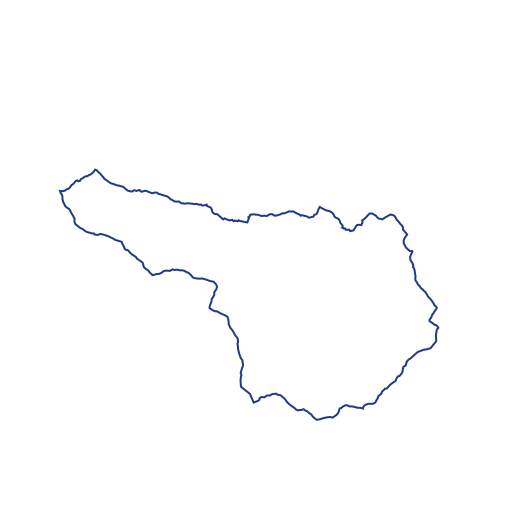 Poiana Teiului, Neamt, Romania (Robinson projection), rotated 38°
{"feature_id": "2599482B87043149712701", "entity_name": "Poiana Teiului", "entity_type": "district", "adm_level": 2, "iso_a3": "ROU", "parent_name": "Romania", "parent_adm1": "Neamt", "projection": "robinson", "projection_center": [25.888, 47.126], "detail": "fine", "context": "isolated", "style": "outline", "palette": "blue", "viewbox_px": 512, "rotation_deg": 38, "n_neighbors": 0, "source": "geoboundaries", "source_scale": "gbopen_adm2", "svg_char_len": 6102}
<svg xmlns="http://www.w3.org/2000/svg" viewBox="0 0 512 512"><g transform="rotate(38 256 256)"><path d="M344.4,372.9L346.7,369.0L347.0,368.1L347.2,367.2L346.5,366.0L346.8,364.2L347.0,363.9L349.6,362.1L350.3,359.8L350.7,359.0L352.7,357.5L353.8,354.9L356.6,352.1L358.3,352.1L360.2,351.0L361.4,350.6L366.8,350.9L370.6,352.0L373.5,352.3L377.9,352.2L378.7,352.0L381.8,352.3L384.2,351.8L385.1,350.6L386.0,349.9L387.9,347.4L389.4,347.5L391.7,346.9L395.1,347.1L396.3,346.8L398.2,347.1L399.3,347.5L401.9,347.8L404.7,347.7L407.1,345.1L409.2,341.8L410.4,340.6L410.7,340.0L413.3,337.4L415.8,336.2L417.2,332.0L417.5,329.4L416.0,325.0L416.0,324.1L416.8,323.4L417.1,321.4L418.4,318.5L419.4,317.7L422.8,316.7L424.0,315.5L429.7,312.9L431.8,311.3L434.2,310.4L433.8,309.7L433.4,308.4L433.6,306.6L433.9,305.7L434.8,304.5L435.1,303.8L436.5,302.5L439.0,300.6L440.1,298.4L440.2,297.0L439.7,295.9L439.6,293.4L439.0,292.2L438.7,291.0L439.1,289.1L439.6,287.7L439.6,287.2L439.0,286.3L438.8,285.3L439.3,282.6L439.2,281.4L440.3,280.3L440.7,279.3L441.0,274.8L441.9,271.4L442.9,268.6L442.8,267.8L442.2,266.4L441.9,263.6L442.9,262.3L443.1,258.9L442.8,257.2L440.8,253.6L440.4,252.5L441.4,250.1L441.2,249.4L440.6,248.6L440.4,247.5L439.8,246.5L440.1,243.3L440.8,241.7L442.3,233.2L442.7,231.9L445.3,227.5L446.6,225.8L447.3,225.3L450.3,221.2L450.5,213.1L450.2,211.8L446.8,208.0L444.2,203.5L443.8,202.0L444.0,200.6L443.8,200.2L441.8,199.6L440.7,199.6L438.7,200.2L432.7,200.4L432.0,199.4L431.9,196.3L431.1,194.2L431.1,191.9L430.8,189.7L430.7,186.6L430.3,185.5L429.8,185.2L426.3,184.8L425.5,184.1L421.3,182.8L416.5,182.0L412.0,180.2L409.4,180.0L408.1,179.7L406.4,179.9L402.6,178.8L401.2,178.8L399.8,178.0L396.7,177.0L395.3,175.6L394.3,173.9L389.5,169.4L388.2,168.5L386.4,168.0L385.7,166.5L385.4,166.2L383.5,165.2L380.3,164.2L377.9,161.8L376.5,156.2L376.2,156.0L375.7,156.0L374.8,157.0L374.1,157.4L370.6,157.2L368.8,156.9L365.0,155.2L364.1,154.5L362.8,152.8L362.3,151.2L362.0,149.2L361.9,146.0L360.4,145.6L355.5,144.7L354.3,142.9L352.2,142.1L350.5,142.0L346.9,141.1L344.2,140.7L342.3,139.7L340.1,139.1L337.7,139.9L336.4,140.6L334.2,145.7L333.3,148.5L332.8,149.6L331.4,149.8L330.4,150.7L329.7,151.0L327.7,150.9L325.7,150.4L321.6,151.0L320.6,151.5L319.4,152.7L319.1,154.4L318.9,158.2L318.2,161.7L317.7,162.4L319.2,164.1L319.5,164.6L319.6,166.0L320.0,166.8L317.9,168.0L316.7,169.2L316.4,170.3L317.1,175.8L314.9,178.5L313.4,177.8L313.2,178.1L310.9,179.8L310.2,179.6L310.1,180.0L309.0,179.6L308.1,180.4L307.3,180.2L307.0,180.5L306.5,180.6L306.6,179.9L305.3,178.6L301.9,177.9L300.7,176.9L298.6,176.1L297.4,176.1L295.3,176.6L293.9,176.6L293.1,176.4L292.0,175.6L291.0,175.5L289.7,174.9L286.3,175.4L283.4,176.8L281.7,177.2L276.0,178.2L276.5,180.8L277.7,184.5L277.8,185.9L276.6,187.8L277.0,189.6L274.6,192.7L274.1,193.2L271.7,193.5L268.0,195.1L266.9,195.8L266.4,196.7L264.2,196.6L262.4,197.2L257.8,198.0L255.9,199.7L254.6,200.4L252.7,204.0L251.9,205.1L250.3,206.3L249.7,208.0L247.3,211.5L245.7,212.8L244.8,213.0L243.5,213.0L242.8,213.2L241.5,214.3L240.9,215.2L239.9,217.8L237.5,219.3L236.3,220.6L235.5,221.1L231.7,222.5L230.7,223.4L228.4,224.6L227.7,225.5L226.4,226.4L226.2,226.6L226.1,227.2L226.6,228.3L226.3,229.0L226.8,229.7L226.8,229.9L226.3,230.2L227.3,231.0L228.5,234.9L221.8,238.3L220.3,238.6L220.3,239.8L218.6,240.4L218.1,241.0L217.5,241.1L217.2,242.0L216.9,242.4L215.2,242.1L213.7,243.8L212.5,244.5L208.0,245.8L207.5,247.4L200.2,246.9L199.3,247.1L197.7,248.3L195.4,248.4L194.1,247.9L192.5,246.5L192.3,246.6L190.5,245.7L186.6,246.7L185.5,245.9L184.6,247.3L182.3,249.5L180.9,249.4L179.2,250.9L178.5,250.9L176.2,252.1L175.5,253.1L172.4,254.7L168.8,257.3L167.9,258.5L164.4,260.5L161.7,260.5L159.9,262.1L158.1,263.2L155.0,263.5L154.2,263.8L150.5,263.6L149.1,263.8L140.7,267.1L139.1,267.0L138.5,267.3L137.2,268.3L135.9,270.2L132.8,271.4L129.6,272.2L128.7,272.6L126.3,275.8L125.4,275.8L125.0,276.1L124.1,275.7L123.3,275.9L121.7,278.4L119.8,278.9L119.0,280.1L119.0,280.9L118.4,281.6L117.5,282.3L116.4,282.6L115.6,283.1L114.5,283.5L108.7,283.3L104.1,285.2L102.7,286.1L99.3,287.0L97.6,287.8L96.4,288.1L88.4,288.5L87.7,288.0L83.9,287.4L82.7,287.0L79.2,286.9L78.1,286.4L76.0,287.0L76.3,289.8L75.5,293.6L74.3,295.4L74.1,296.8L73.0,297.8L72.0,299.3L71.9,300.3L70.7,303.3L71.0,305.4L70.0,306.5L68.6,306.4L67.8,307.7L67.7,311.6L67.0,313.6L67.2,316.5L66.9,318.4L65.6,320.3L65.2,322.1L65.0,322.4L63.4,324.2L61.5,325.4L63.4,326.6L65.2,327.2L66.3,327.8L69.0,330.8L71.4,332.5L72.4,332.7L73.9,333.7L75.3,334.2L77.7,334.3L79.6,334.0L80.6,334.2L83.9,335.8L87.5,337.1L88.8,337.9L90.1,338.2L91.2,340.1L93.2,341.7L94.4,342.2L95.1,342.0L99.3,342.2L100.9,342.0L102.4,341.5L106.3,341.5L108.8,340.9L110.5,340.0L111.5,339.8L114.6,338.1L115.6,338.4L116.1,338.2L117.3,337.4L118.2,337.0L119.8,334.4L124.2,332.4L125.6,332.1L127.6,331.3L129.6,331.0L132.1,330.3L135.4,329.9L141.4,327.5L142.9,328.6L146.2,329.9L148.4,331.3L150.3,331.0L150.7,330.5L152.3,330.3L154.2,330.9L157.4,331.1L162.0,330.7L163.8,331.4L170.4,331.0L171.4,331.4L174.0,333.5L174.7,333.8L177.2,334.0L179.4,333.7L183.2,334.6L185.1,334.5L186.1,334.9L187.0,334.2L188.4,331.8L189.8,330.6L191.0,329.2L191.8,327.6L192.6,324.6L194.9,322.2L196.5,321.3L197.5,320.4L198.5,317.9L200.4,317.2L201.8,315.7L205.0,314.0L206.8,312.6L208.9,311.7L210.7,311.6L212.3,311.0L213.7,310.8L216.7,311.1L219.5,311.8L221.5,311.1L224.2,309.5L225.5,308.6L227.9,306.5L228.6,306.4L231.1,305.3L235.8,303.8L238.5,302.3L240.4,302.8L241.6,302.8L243.0,303.4L244.1,304.2L244.7,305.3L245.3,306.9L245.2,307.6L245.5,310.3L245.8,310.9L247.1,312.3L247.5,314.4L247.5,316.3L247.9,317.7L248.8,319.1L250.5,324.2L251.6,325.7L255.3,325.4L258.1,324.6L258.9,323.8L259.9,323.5L263.2,323.1L268.2,321.8L271.0,321.5L273.2,323.0L275.3,325.1L276.2,326.3L279.7,328.3L283.3,329.1L288.6,331.3L291.8,332.1L292.8,332.7L294.5,334.3L294.5,334.8L295.0,335.2L295.4,336.6L297.2,338.1L299.5,340.7L300.6,341.4L301.4,342.2L303.2,343.5L307.0,345.9L309.6,346.6L310.4,347.3L310.7,348.1L312.5,349.3L313.3,350.4L314.0,352.8L315.8,357.3L316.4,358.0L317.3,358.3L317.8,358.8L318.2,360.1L320.6,363.8L324.7,368.3L336.3,368.4L344.4,372.9Z" fill="none" stroke="#1e3a8a" stroke-width="2"/></g></svg>